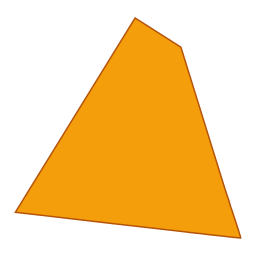 Nome nor, Telemark, Norway (Albers equal-area conic projection)
{"feature_id": "86288312B29220446300399", "entity_name": "Nome nor", "entity_type": "district", "adm_level": 2, "iso_a3": "NOR", "parent_name": "Norway", "parent_adm1": "Telemark", "projection": "albers", "projection_center": [9.279, 59.161], "detail": "fine", "context": "isolated", "style": "filled", "palette": "amber", "viewbox_px": 256, "rotation_deg": 0, "n_neighbors": 0, "source": "geoboundaries", "source_scale": "gbopen_adm2", "svg_char_len": 567}
<svg xmlns="http://www.w3.org/2000/svg" viewBox="0 0 256 256"><path d="M15.4,212.3L17.0,212.5L39.0,215.0L112.7,223.6L156.0,228.5L186.4,232.0L189.8,232.5L193.9,232.9L196.6,233.2L200.6,233.6L204.6,234.1L208.4,234.6L213.2,235.1L218.8,235.7L223.6,236.2L228.3,236.8L234.1,237.4L240.6,238.0L240.4,236.5L239.5,233.7L238.4,230.1L236.6,224.5L235.1,219.9L233.3,214.4L232.0,210.5L230.5,206.3L228.9,200.6L227.1,195.5L224.1,186.2L223.1,183.0L220.4,174.3L192.9,85.8L180.9,47.2L135.1,18.0L29.5,189.3L16.4,210.6L15.4,212.3Z" fill="#f59e0b" stroke="#b45309" stroke-width="1.5"/></svg>